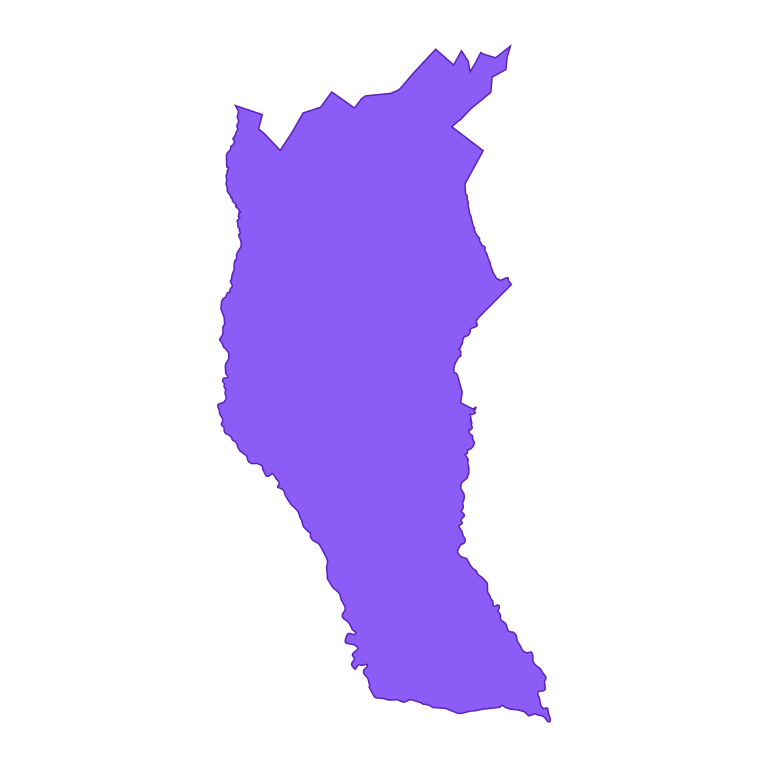 Mangwe, Matabeleland South, Zimbabwe (Natural Earth projection)
{"feature_id": "62879985B72758591248620", "entity_name": "Mangwe", "entity_type": "district", "adm_level": 2, "iso_a3": "ZWE", "parent_name": "Zimbabwe", "parent_adm1": "Matabeleland South", "projection": "natural_earth1", "projection_center": [28.025, -21.012], "detail": "fine", "context": "isolated", "style": "filled", "palette": "violet", "viewbox_px": 768, "rotation_deg": 0, "n_neighbors": 0, "source": "geoboundaries", "source_scale": "gbopen_adm2", "svg_char_len": 6109}
<svg xmlns="http://www.w3.org/2000/svg" viewBox="0 0 768 768"><path d="M331.7,92.0L320.7,107.2L303.1,113.0L291.7,132.9L280.2,150.4L264.6,133.9L258.6,128.9L262.3,114.6L235.4,105.6L238.5,111.4L238.1,114.2L237.1,116.7L238.9,121.6L237.3,124.0L236.9,125.4L237.0,127.2L238.0,129.2L236.2,132.1L235.4,135.0L233.0,138.5L233.0,139.3L234.3,140.8L234.7,142.0L233.7,143.2L233.3,144.9L231.0,146.1L230.5,149.3L229.4,150.8L229.4,151.5L228.0,152.0L226.4,155.0L226.7,166.1L227.1,167.1L228.2,167.1L228.5,168.5L227.1,171.0L227.3,173.0L226.3,175.1L226.2,177.0L226.9,179.7L226.3,181.8L226.1,184.0L227.5,188.9L227.4,190.0L227.0,190.3L228.4,193.2L230.0,194.7L231.0,197.9L231.9,197.7L232.5,200.9L236.6,205.4L236.6,205.8L235.7,206.0L235.9,206.9L239.0,209.6L239.1,211.1L240.6,211.5L240.4,212.1L238.7,213.3L238.8,215.1L238.2,216.8L239.7,217.7L239.8,218.3L237.4,220.1L237.1,221.3L237.8,222.8L237.9,226.6L238.6,228.0L239.5,228.2L239.7,229.0L239.3,230.8L240.5,232.2L240.3,233.1L239.2,233.9L238.7,235.5L240.3,239.4L241.2,242.3L241.2,243.8L240.8,247.1L237.6,252.1L236.4,255.0L236.7,257.0L236.3,259.3L234.8,260.8L234.1,263.9L234.2,269.2L232.2,274.6L231.3,279.6L230.4,280.9L230.5,281.8L232.3,285.3L232.2,286.5L230.3,288.9L229.4,292.6L228.2,292.5L227.4,292.9L225.6,296.9L222.8,299.0L221.6,301.6L220.9,309.0L224.1,317.2L224.6,324.2L222.8,327.2L223.0,331.4L222.7,334.6L219.8,339.0L219.7,339.9L222.4,343.7L223.3,346.8L226.2,349.4L228.9,353.4L228.6,358.9L225.6,364.2L225.3,366.4L225.7,373.3L227.3,375.4L227.8,377.0L226.8,377.8L223.5,378.3L222.6,380.3L222.8,381.4L224.6,383.9L224.1,385.2L224.0,386.9L225.7,389.4L225.0,393.2L226.5,398.2L223.9,402.2L218.2,404.3L217.7,405.3L218.0,407.0L219.4,410.5L219.7,414.0L222.7,419.0L222.3,422.3L221.4,423.9L221.5,425.0L224.1,427.2L224.2,431.2L225.1,432.9L226.3,434.0L227.3,434.2L230.7,436.4L231.6,437.8L232.4,440.0L235.7,441.9L237.1,444.5L237.9,447.4L239.9,450.7L244.3,454.3L246.5,455.4L248.0,460.6L249.1,462.2L251.8,463.6L257.2,463.5L261.5,465.4L262.3,466.5L263.1,470.1L266.1,476.1L268.4,476.3L272.2,473.7L273.7,474.5L276.2,479.0L277.8,480.3L279.1,482.5L279.2,484.2L277.7,486.3L277.8,487.5L280.6,488.3L283.3,490.1L284.2,491.6L285.4,495.7L288.3,500.5L291.7,505.3L294.4,507.5L297.8,511.2L298.9,513.6L300.0,517.5L301.5,520.2L303.4,526.6L308.5,531.9L310.6,533.3L310.3,536.4L311.3,538.6L313.2,540.5L318.4,543.5L320.0,545.4L326.3,557.4L327.7,561.5L326.5,567.7L327.1,572.0L327.4,578.8L332.9,587.6L337.7,591.7L339.8,594.1L341.1,599.4L345.0,606.8L345.2,609.5L344.7,610.8L342.4,614.1L342.3,616.9L343.7,618.7L347.8,621.7L349.4,623.6L352.4,629.8L356.0,632.4L356.0,632.9L354.8,634.2L353.9,634.8L349.8,633.3L347.8,633.9L346.5,635.9L345.3,640.1L345.3,642.4L346.8,643.4L353.9,644.6L358.0,647.5L357.8,649.2L354.3,652.0L352.7,653.7L352.4,655.5L354.1,657.6L354.4,659.2L351.8,663.1L351.6,664.4L351.9,665.6L353.7,668.1L355.2,669.2L355.7,668.8L358.0,665.0L359.5,664.8L361.7,665.4L367.1,664.3L367.4,665.8L367.0,666.9L363.7,670.0L363.5,671.9L363.8,673.7L367.9,678.4L369.6,685.1L369.2,687.4L374.3,696.8L376.3,697.9L382.2,698.3L389.2,700.1L397.2,699.7L403.3,702.2L405.3,701.8L409.4,699.8L411.9,699.9L420.4,702.5L423.1,704.1L428.1,704.8L433.1,707.5L445.5,708.4L458.1,713.4L461.2,713.4L470.8,711.0L474.1,710.9L482.6,709.2L499.7,707.3L501.3,705.9L502.7,705.4L505.6,707.5L510.6,709.2L518.1,709.9L524.5,711.8L528.5,715.7L530.0,715.6L535.2,713.7L537.7,715.0L541.5,715.7L544.5,717.2L547.7,721.6L549.7,721.9L550.2,720.8L550.3,719.0L548.3,712.7L547.8,708.9L547.0,707.9L543.6,708.5L541.5,706.8L540.5,704.1L539.4,697.9L537.7,694.3L537.8,692.8L538.7,691.2L543.5,690.9L545.1,689.6L545.2,687.4L544.4,681.4L545.8,679.0L545.7,676.6L542.6,672.6L540.6,669.0L536.0,665.4L534.0,663.2L532.9,660.6L532.9,656.0L531.9,652.7L530.9,651.9L527.4,652.9L523.8,651.7L522.0,649.5L520.6,646.3L518.0,642.3L516.7,638.8L516.6,636.6L515.3,634.0L513.2,632.2L510.5,631.9L508.5,631.1L507.1,628.0L506.3,624.9L505.2,623.0L501.1,620.2L500.5,618.8L500.4,614.6L499.0,612.9L498.1,610.9L499.3,607.6L499.2,605.6L497.6,605.0L494.7,606.3L493.3,605.9L492.7,600.8L490.8,598.8L490.0,596.2L487.6,592.0L487.4,584.0L487.1,582.8L482.8,578.1L478.1,574.6L476.3,570.9L472.7,568.4L470.2,565.1L466.7,558.6L461.0,556.7L458.5,554.0L457.6,552.2L457.8,550.1L460.8,544.4L463.4,543.7L464.8,542.4L465.2,540.6L465.1,538.8L463.1,535.6L461.8,531.0L459.1,527.0L459.3,525.7L462.1,523.5L462.2,522.6L461.0,520.5L461.1,519.3L464.4,516.0L464.2,514.7L463.6,513.6L461.1,511.5L463.0,508.3L463.3,507.3L462.7,502.6L463.9,499.7L464.4,496.2L463.5,492.9L461.6,490.2L460.7,487.6L461.4,483.6L462.1,482.3L467.0,478.2L468.9,473.0L468.8,467.6L467.7,463.7L468.2,459.7L467.5,458.1L465.1,454.9L467.3,453.2L467.7,450.1L470.9,448.7L472.7,446.9L474.3,443.8L474.0,443.2L474.3,442.1L472.6,439.0L472.7,436.3L471.9,435.1L469.6,433.9L469.0,430.8L469.4,429.6L470.6,429.9L472.3,428.0L471.4,424.2L471.9,422.6L471.1,421.5L471.3,420.4L470.2,420.2L471.0,418.5L470.1,414.5L472.2,414.4L475.2,413.1L474.5,411.0L475.9,407.7L475.8,407.2L473.0,409.0L460.7,402.8L462.2,392.0L457.3,374.9L456.3,373.5L455.3,372.9L454.3,372.9L454.0,372.4L453.8,368.9L454.2,366.4L455.3,363.2L458.3,357.8L461.0,355.5L460.6,353.7L460.8,351.6L459.0,349.0L460.3,348.0L461.0,345.7L461.7,344.8L462.7,342.2L462.6,340.0L463.6,338.6L463.6,337.7L464.6,336.5L467.5,335.8L469.4,333.8L470.2,331.5L470.2,329.4L471.6,328.2L476.0,326.7L477.4,325.1L476.3,321.9L476.9,319.8L479.2,316.9L511.3,284.6L509.6,281.9L508.2,280.6L508.1,277.8L506.1,277.9L500.8,280.3L499.8,280.3L499.2,279.3L497.1,278.9L496.4,278.3L492.8,271.9L490.4,265.0L490.0,262.3L488.4,259.0L487.0,254.3L484.9,250.6L485.1,247.6L484.2,246.3L481.8,245.4L481.3,243.6L479.6,241.0L479.5,238.3L476.5,234.8L474.3,230.2L474.5,227.8L473.1,226.0L470.8,215.8L469.8,214.0L468.9,208.8L468.1,206.0L468.2,202.4L467.1,199.0L467.3,196.5L466.8,195.0L465.5,194.1L465.0,183.8L483.2,150.7L451.7,126.7L458.9,120.6L460.2,120.0L471.3,108.3L490.8,92.4L492.1,77.1L505.9,69.5L507.1,57.3L510.4,46.1L495.6,57.8L483.4,54.1L480.8,52.5L475.7,62.5L470.1,71.8L468.2,61.2L461.5,50.8L453.6,65.0L435.7,49.2L413.7,72.8L400.1,88.7L398.2,90.2L391.2,93.2L389.6,93.5L365.5,95.9L361.4,98.9L354.5,108.0L331.7,92.0Z" fill="#8b5cf6" stroke="#5b21b6" stroke-width="1.5"/></svg>